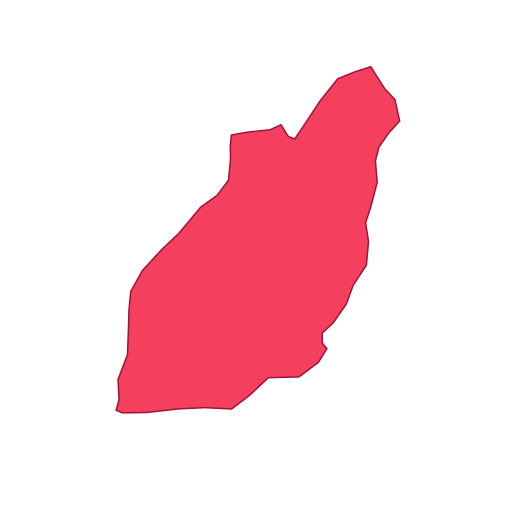 outline of Agios Thomas, Limassol, Cyprus, rotated 67°
{"feature_id": "46923920B96977805113919", "entity_name": "Agios Thomas", "entity_type": "district", "adm_level": 2, "iso_a3": "CYP", "parent_name": "Cyprus", "parent_adm1": "Limassol", "projection": "albers", "projection_center": [32.73, 34.71], "detail": "fine", "context": "isolated", "style": "filled", "palette": "rose", "viewbox_px": 512, "rotation_deg": 67, "n_neighbors": 0, "source": "geoboundaries", "source_scale": "gbopen_adm2", "svg_char_len": 799}
<svg xmlns="http://www.w3.org/2000/svg" viewBox="0 0 512 512"><g transform="rotate(67 256 256)"><path d="M126.6,76.4L125.1,93.0L124.7,111.3L138.3,136.5L154.0,160.1L163.4,174.6L158.5,179.6L144.9,181.7L145.3,193.7L138.7,215.3L135.0,231.4L144.9,236.8L157.3,241.8L175.4,251.7L184.9,267.9L189.4,287.8L205.1,318.4L212.9,339.6L224.9,366.1L239.8,385.2L255.8,393.9L276.5,403.4L296.7,412.9L315.7,431.2L334.6,438.2L343.4,445.0L348.3,440.1L357.4,417.6L366.5,387.0L375.6,362.3L387.3,338.2L382.0,317.3L372.9,292.1L384.1,263.6L378.2,240.0L369.0,226.9L362.2,229.0L352.8,225.1L347.6,210.8L335.4,191.5L320.9,178.0L307.5,157.9L286.7,146.8L268.2,142.1L256.4,131.8L235.5,115.6L215.1,108.9L203.7,100.2L194.6,85.6L187.9,71.0L166.3,67.0L152.5,72.1L126.6,76.4Z" fill="#f43f5e" stroke="#9f1239" stroke-width="1.5"/></g></svg>